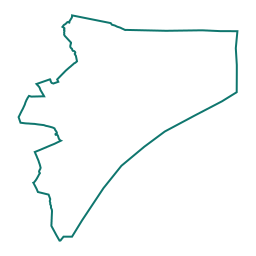 Ketu South, Volta, Ghana
{"feature_id": "2480657B7709388821831", "entity_name": "Ketu South", "entity_type": "district", "adm_level": 2, "iso_a3": "GHA", "parent_name": "Ghana", "parent_adm1": "Volta", "projection": "robinson", "projection_center": [1.022, 6.081], "detail": "fine", "context": "isolated", "style": "outline", "palette": "teal", "viewbox_px": 256, "rotation_deg": 0, "n_neighbors": 0, "source": "geoboundaries", "source_scale": "gbopen_adm2", "svg_char_len": 3545}
<svg xmlns="http://www.w3.org/2000/svg" viewBox="0 0 256 256"><path d="M40.1,165.7L40.4,167.0L40.6,167.6L40.5,168.2L40.4,168.7L40.1,169.2L39.8,169.6L39.5,170.4L39.1,171.2L39.1,171.7L39.1,171.9L39.2,172.0L39.5,172.6L39.7,172.8L39.8,172.9L39.9,173.2L39.8,173.4L39.3,174.0L39.1,174.4L38.6,175.3L37.9,176.7L37.4,177.5L37.2,177.9L37.0,178.3L36.3,179.4L35.7,180.3L35.1,181.1L34.1,182.3L33.8,182.7L33.4,182.8L36.6,188.9L37.9,192.0L48.6,194.6L50.2,199.0L50.2,199.3L50.1,199.9L49.9,200.5L49.8,201.1L49.9,201.7L50.1,202.3L50.3,202.8L50.3,203.2L50.2,203.6L50.2,204.1L50.3,204.5L50.6,205.0L50.8,205.3L50.9,205.6L51.0,206.1L51.0,206.6L50.9,207.1L51.0,207.6L51.1,208.1L51.5,208.9L51.8,209.5L51.9,210.1L51.9,210.5L52.0,210.8L52.0,211.4L51.7,217.8L51.7,218.2L51.7,218.9L51.6,219.7L51.6,220.7L51.6,221.6L51.5,222.3L51.5,222.9L51.5,223.8L51.4,224.6L51.4,225.9L51.7,226.5L56.4,235.2L59.5,240.6L60.2,240.6L60.6,240.4L61.1,239.7L61.7,238.9L62.4,238.1L63.1,237.2L63.5,236.7L72.0,236.7L82.1,220.3L103.5,188.1L121.4,165.8L144.2,146.8L164.8,131.5L194.4,115.7L222.0,101.3L236.7,92.2L236.8,72.9L236.8,64.9L235.8,48.2L237.4,31.2L219.7,31.1L202.1,30.3L166.1,30.8L125.4,29.9L125.2,30.0L124.7,29.8L123.3,29.1L121.9,28.5L120.4,27.7L118.8,27.2L117.2,26.7L114.8,25.5L111.9,24.7L110.7,23.1L72.1,15.4L72.1,15.8L72.0,16.4L72.0,16.9L71.9,17.3L71.8,17.6L71.5,18.1L71.2,18.6L70.8,19.2L70.6,19.6L70.3,20.0L70.1,20.3L69.8,20.7L69.6,21.1L69.5,21.5L69.5,21.9L69.4,22.3L69.3,22.6L68.9,22.5L68.4,22.0L67.4,22.1L66.8,22.7L65.8,23.7L65.4,24.1L65.2,24.2L65.0,24.3L64.5,24.6L64.1,24.8L63.6,25.3L63.1,26.0L62.7,26.7L62.5,26.9L63.3,27.4L63.6,27.5L63.9,27.7L64.2,28.0L64.4,28.2L64.4,28.5L64.4,28.8L64.2,29.0L64.3,29.3L64.3,29.5L64.1,29.7L64.0,29.9L64.0,30.2L64.2,30.4L64.4,30.6L64.5,31.0L64.4,31.3L64.3,31.6L64.2,31.9L64.1,32.2L64.1,32.5L64.2,32.9L64.3,33.3L64.2,33.7L64.2,34.1L64.1,34.4L64.2,34.8L64.4,35.2L64.8,35.9L71.0,42.6L71.0,43.0L71.0,43.3L70.9,43.5L70.8,43.9L70.6,44.1L70.6,44.3L70.6,44.6L70.5,45.0L70.4,45.3L70.3,45.8L70.3,46.7L70.4,47.1L70.6,47.5L70.9,47.9L71.1,48.1L71.4,48.4L71.6,48.5L71.9,48.7L72.2,49.5L72.3,49.9L72.4,50.2L72.6,50.5L72.8,50.8L73.1,50.8L73.6,50.9L73.9,51.0L74.3,51.2L74.7,51.6L75.1,52.0L75.2,52.4L75.3,52.8L75.1,53.2L74.9,53.6L74.7,53.9L74.9,54.3L75.9,55.9L77.0,61.3L76.7,61.6L76.0,62.2L75.5,62.6L75.1,62.9L74.2,63.3L73.4,64.0L73.1,64.3L72.8,64.6L72.3,65.0L71.8,65.4L70.6,66.5L69.7,67.2L69.1,67.7L65.8,70.6L61.1,75.4L57.2,79.4L58.3,81.8L53.4,83.5L51.8,83.0L51.5,82.7L51.2,82.3L50.7,81.3L50.4,79.9L50.0,79.3L36.5,84.0L37.1,84.7L38.0,85.6L38.7,86.4L39.2,87.0L39.7,87.9L40.1,89.0L40.5,90.1L43.7,95.5L43.9,95.9L44.1,96.3L43.8,96.3L31.3,96.6L29.0,95.9L28.7,96.3L28.2,97.1L27.7,97.8L27.1,99.0L26.5,100.0L26.1,101.0L25.6,102.1L25.2,103.2L24.9,104.3L24.6,105.0L23.9,106.5L22.9,108.7L21.8,110.7L21.0,112.3L20.3,113.7L19.5,115.4L18.6,117.1L20.5,122.7L23.5,123.1L26.0,123.4L28.4,123.5L30.8,123.7L32.6,123.8L34.4,123.9L37.9,124.4L43.8,125.1L44.4,125.3L46.1,125.9L47.3,126.1L48.2,126.3L50.5,126.9L51.5,127.2L52.3,127.4L53.1,127.7L54.5,128.4L54.8,129.0L55.0,129.7L55.4,130.2L55.8,130.8L56.3,131.5L56.6,132.1L56.9,132.8L56.9,133.2L56.8,133.5L56.5,133.7L56.0,133.8L55.6,133.9L55.5,134.0L55.5,134.5L55.7,134.8L56.1,134.8L56.8,134.8L57.3,135.0L57.8,135.4L58.0,136.1L58.3,136.9L58.4,137.3L58.8,138.5L58.9,138.8L59.6,139.6L59.9,140.1L60.3,140.4L60.9,140.7L54.3,143.9L50.6,145.4L38.8,150.4L34.8,152.0L35.0,152.4L35.1,152.7L35.8,154.4L36.3,155.4L36.9,156.9L37.4,158.2L37.9,159.2L38.2,160.0L38.6,161.0L39.0,162.4L39.6,164.0L40.1,165.7Z" fill="none" stroke="#0f766e" stroke-width="2"/></svg>